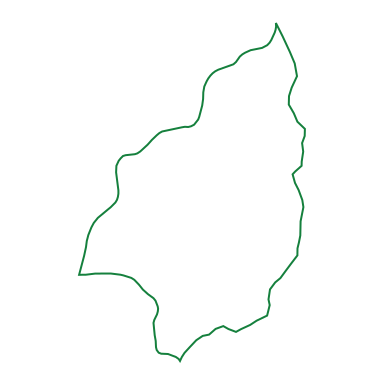 Jangjin, Hamgyŏng-namdo, North Korea (Albers equal-area conic projection)
{"feature_id": "82179303B63049631124183", "entity_name": "Jangjin", "entity_type": "district", "adm_level": 2, "iso_a3": "PRK", "parent_name": "North Korea", "parent_adm1": "Hamgyŏng-namdo", "projection": "albers", "projection_center": [127.23, 40.497], "detail": "fine", "context": "isolated", "style": "outline", "palette": "green", "viewbox_px": 384, "rotation_deg": 0, "n_neighbors": 0, "source": "geoboundaries", "source_scale": "gbopen_adm2", "svg_char_len": 1754}
<svg xmlns="http://www.w3.org/2000/svg" viewBox="0 0 384 384"><path d="M275.9,23.0L276.1,26.5L275.6,29.7L274.7,32.6L271.3,40.0L269.6,42.7L267.2,45.2L262.1,47.9L250.6,50.2L245.1,52.7L242.3,54.4L239.8,56.6L236.0,62.0L233.4,64.3L218.3,69.7L215.2,71.3L212.6,73.3L210.4,75.6L208.3,78.4L206.6,81.4L204.3,86.5L203.3,92.3L203.1,99.0L202.2,105.5L199.2,116.9L198.2,119.5L194.1,124.7L191.0,126.3L188.2,127.0L184.9,126.8L181.9,127.3L162.1,131.5L159.3,133.1L156.7,135.3L151.9,139.9L147.6,144.7L140.2,151.5L137.3,153.4L134.9,154.2L125.6,155.2L123.0,156.0L120.7,158.3L118.7,160.8L116.4,165.8L116.1,172.3L118.4,190.4L118.4,193.7L117.9,196.9L117.0,199.8L115.4,202.5L110.6,207.3L107.9,209.5L97.9,217.8L93.8,222.9L91.4,227.4L88.3,235.1L87.6,237.9L86.8,240.9L86.0,247.1L84.1,255.9L79.1,274.8L86.0,274.7L95.1,273.6L110.6,273.5L120.4,274.7L123.4,275.4L131.3,277.9L134.3,279.8L138.9,284.6L142.9,289.6L148.0,294.2L153.5,298.2L155.5,300.7L157.7,306.4L158.1,308.7L157.8,311.5L157.0,314.4L154.3,319.9L153.5,322.9L154.7,335.2L155.7,340.9L156.0,347.2L156.7,350.0L158.7,352.7L161.2,353.7L168.0,354.0L175.9,357.0L178.7,359.0L180.0,361.0L181.8,357.1L184.5,352.9L189.7,347.2L196.3,340.2L202.7,335.9L209.1,334.6L215.6,328.9L223.3,326.1L228.4,329.0L236.0,331.9L241.1,329.1L250.2,324.9L256.6,320.7L267.1,315.6L268.3,310.8L269.7,305.1L268.5,299.4L270.0,289.4L275.2,282.4L280.4,278.1L285.6,271.0L290.9,263.9L297.4,255.4L297.4,254.0L297.5,248.3L298.9,242.6L300.3,235.5L300.6,221.3L303.4,207.1L302.3,200.0L298.6,190.0L295.0,182.9L292.6,174.3L295.2,171.5L301.6,165.8L301.7,161.6L303.2,151.6L302.1,143.1L304.7,136.0L304.9,128.9L297.4,121.7L293.8,113.2L288.8,104.6L289.0,96.1L291.7,87.6L297.0,76.2L294.7,63.4L289.9,52.0L282.6,36.3L275.9,23.0Z" fill="none" stroke="#15803d" stroke-width="2"/></svg>